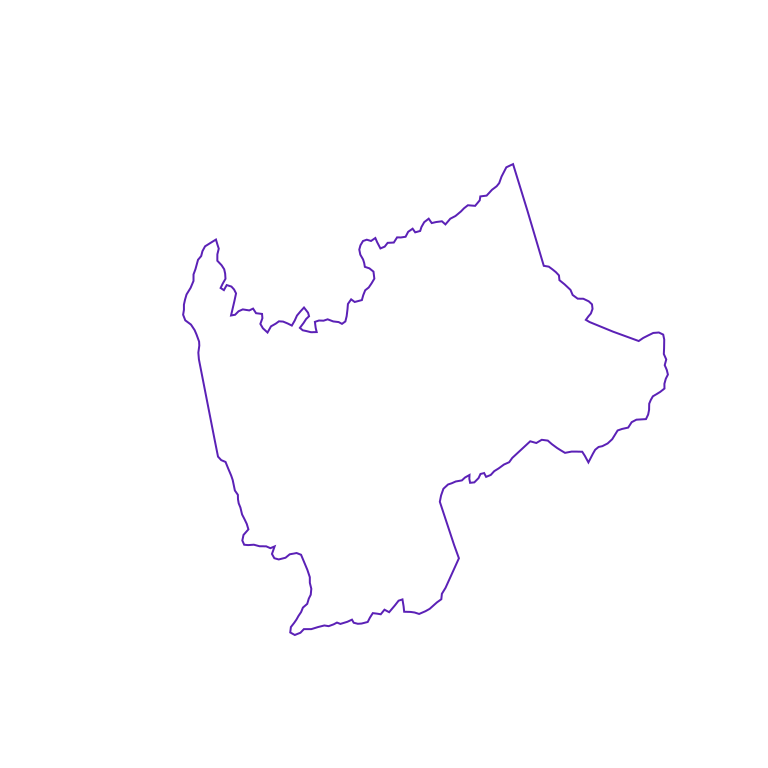 Imbituva, Paraná, Brazil, rotated 219°
{"feature_id": "56859067B92687138027542", "entity_name": "Imbituva", "entity_type": "district", "adm_level": 2, "iso_a3": "BRA", "parent_name": "Brazil", "parent_adm1": "Paraná", "projection": "albers", "projection_center": [-50.641, -25.225], "detail": "fine", "context": "isolated", "style": "outline", "palette": "violet", "viewbox_px": 768, "rotation_deg": 219, "n_neighbors": 0, "source": "geoboundaries", "source_scale": "gbopen_adm2", "svg_char_len": 3910}
<svg xmlns="http://www.w3.org/2000/svg" viewBox="0 0 768 768"><g transform="rotate(219 384 384)"><path d="M465.4,500.1L470.0,496.0L469.9,491.2L472.1,487.1L478.6,489.9L482.6,492.0L484.1,487.0L488.2,485.3L490.3,481.9L489.6,477.0L487.8,472.9L483.8,469.6L478.6,467.6L475.6,465.6L472.6,463.0L468.1,464.7L462.9,464.7L457.8,459.8L457.0,454.3L456.6,449.4L457.6,445.0L456.0,439.9L454.0,435.3L458.4,429.3L462.8,429.1L462.4,423.5L459.4,419.1L455.7,413.2L453.4,408.3L454.5,404.3L458.2,403.6L462.8,400.7L468.5,398.8L470.8,395.2L474.5,392.4L476.8,388.8L472.4,384.6L469.0,382.0L473.3,378.3L477.6,376.3L481.0,374.6L484.7,374.7L484.9,380.8L485.4,385.5L484.9,389.5L487.9,391.6L494.3,393.1L494.6,388.0L494.7,382.4L493.3,377.1L492.4,371.4L497.0,370.4L501.7,369.0L505.1,366.6L506.1,362.8L508.1,357.7L506.9,350.7L513.2,351.1L517.9,352.9L519.9,358.6L522.9,361.7L528.0,358.5L533.2,360.2L535.0,356.4L540.7,353.1L542.8,349.0L543.3,344.1L546.0,341.0L552.5,354.4L556.0,361.3L560.0,363.1L563.9,363.7L568.5,361.9L567.5,356.2L571.4,355.8L572.5,360.5L573.4,366.0L576.9,369.8L580.4,372.6L585.0,374.1L591.1,374.9L595.1,379.9L597.6,385.2L601.0,387.4L605.5,390.5L607.3,385.4L609.7,378.4L608.7,373.0L606.6,368.4L606.7,363.5L602.8,354.6L601.0,349.3L596.9,344.2L594.8,337.0L593.8,329.3L591.7,324.3L589.4,319.7L586.2,315.8L583.7,311.4L578.5,308.4L571.4,308.7L565.1,306.7L560.9,304.5L554.4,300.6L551.7,297.6L548.0,291.5L543.4,286.7L481.5,234.9L467.3,223.1L462.6,222.4L458.1,223.7L451.6,220.1L445.2,216.7L441.2,214.2L436.8,210.6L432.9,207.4L427.8,205.9L424.9,202.5L421.8,199.8L417.8,197.6L412.2,193.3L407.0,191.0L402.6,188.9L397.9,185.7L398.2,178.3L395.6,173.2L391.5,171.1L388.2,173.3L384.0,177.2L378.6,179.6L373.4,183.7L369.0,184.9L366.8,188.9L364.1,181.4L359.6,179.6L355.4,181.4L351.2,187.0L350.1,192.3L345.6,197.6L341.0,199.1L326.7,191.4L320.1,187.2L316.5,182.8L311.6,179.1L308.3,174.1L307.4,169.9L305.3,164.8L306.3,159.2L304.9,154.6L304.5,150.0L303.8,145.9L303.5,141.9L303.4,136.5L300.5,131.9L295.4,132.8L292.4,138.1L292.0,143.1L286.2,147.8L282.3,153.6L278.4,158.8L274.6,161.0L271.9,165.5L270.4,169.0L266.9,170.1L262.8,176.2L260.6,180.7L257.3,179.4L253.4,181.2L250.7,183.7L246.9,188.8L247.9,193.6L248.5,198.9L244.8,201.2L241.6,203.0L241.6,208.9L236.4,209.9L236.2,218.7L236.3,224.8L234.1,228.2L228.8,223.5L225.0,219.7L219.9,223.6L216.4,225.7L212.0,227.4L208.8,233.5L207.0,238.0L206.1,243.5L205.4,247.7L204.0,252.8L207.0,257.4L207.9,264.3L216.1,295.7L228.2,303.0L266.5,327.6L269.5,333.3L271.9,340.0L271.0,346.2L268.9,349.5L266.9,353.4L262.8,358.1L262.2,362.3L260.3,367.1L258.0,364.0L254.9,361.4L251.9,364.4L251.3,370.4L252.4,374.8L250.2,377.8L246.2,376.1L243.8,380.5L243.5,385.6L241.8,390.5L240.1,396.9L237.5,402.0L237.8,407.3L234.3,431.5L228.5,434.0L226.3,439.9L221.1,443.1L215.7,442.9L209.2,443.2L204.9,443.7L200.0,444.4L195.7,449.5L191.6,452.8L187.3,456.1L182.8,454.6L175.8,451.7L177.8,461.4L178.5,465.8L177.6,470.1L175.2,473.1L172.8,478.5L171.9,484.7L173.2,494.9L170.7,498.9L166.8,503.8L167.5,510.2L165.4,515.1L158.3,521.6L159.5,526.5L161.7,530.7L165.5,535.6L166.6,539.4L167.3,543.6L164.4,551.6L163.2,557.0L166.2,560.6L168.3,565.4L169.3,570.0L173.1,572.9L177.7,575.3L180.1,580.7L185.4,583.4L188.8,588.0L194.2,594.9L198.1,598.1L202.8,597.0L206.9,593.1L209.3,587.9L211.5,583.0L213.1,577.7L239.0,568.8L263.3,561.5L267.5,560.9L267.7,565.0L267.6,569.0L269.2,573.6L272.5,576.8L276.9,577.1L282.7,575.7L287.2,572.2L293.4,571.9L298.3,574.5L306.4,575.1L313.0,575.1L316.4,578.5L320.8,579.1L325.2,579.1L329.8,578.9L334.2,576.4L381.7,609.0L422.1,636.1L425.3,629.4L423.2,619.2L420.9,612.6L420.9,608.6L422.3,602.9L422.8,595.0L427.2,590.4L425.2,587.0L425.3,579.8L431.3,575.7L432.4,570.9L432.8,566.5L434.2,559.5L436.5,554.2L436.7,546.7L441.4,546.9L445.4,542.7L448.2,539.1L453.3,540.6L454.6,535.1L453.7,529.6L452.2,525.7L455.2,521.5L459.5,522.7L461.0,517.5L459.9,512.0L463.1,508.5L466.1,506.2L465.4,500.1Z" fill="none" stroke="#5b21b6" stroke-width="2"/></g></svg>